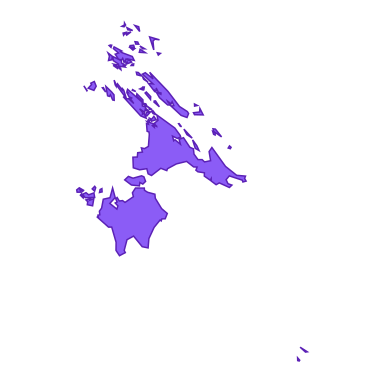 Lingga, Kepulauan Riau, Indonesia (orthographic projection)
{"feature_id": "22746128B41866695352092", "entity_name": "Lingga", "entity_type": "district", "adm_level": 2, "iso_a3": "IDN", "parent_name": "Indonesia", "parent_adm1": "Kepulauan Riau", "projection": "orthographic", "projection_center": [104.45, -0.394], "detail": "fine", "context": "isolated", "style": "filled", "palette": "violet", "viewbox_px": 384, "rotation_deg": 0, "n_neighbors": 0, "source": "geoboundaries", "source_scale": "gbopen_adm2", "svg_char_len": 5933}
<svg xmlns="http://www.w3.org/2000/svg" viewBox="0 0 384 384"><path d="M174.8,128.0L156.9,115.0L158.0,120.3L154.3,123.3L155.6,125.3L156.6,126.0L156.7,126.5L153.8,125.4L154.2,127.2L152.3,125.6L154.4,124.0L146.9,121.6L148.1,123.1L148.5,124.3L146.5,123.6L147.1,131.3L149.0,132.0L149.3,134.5L148.4,146.4L144.5,148.6L141.4,147.9L142.4,152.1L137.7,152.7L137.3,157.0L132.9,157.2L133.3,167.8L139.6,169.8L146.8,168.7L148.1,173.8L151.5,175.5L160.8,168.3L166.8,170.6L167.5,168.7L176.4,163.9L186.6,161.4L193.6,166.9L197.1,167.1L195.9,170.2L197.9,171.8L204.4,172.8L204.3,176.1L210.2,180.2L211.2,178.6L211.2,181.0L216.1,184.7L219.3,182.9L229.4,187.5L231.9,185.1L228.0,183.7L226.1,179.7L229.3,175.9L242.3,180.2L242.9,182.0L246.1,181.1L244.6,178.4L245.5,176.1L236.7,175.3L225.5,166.4L211.9,147.5L209.1,151.6L210.6,160.7L204.5,161.9L202.1,159.6L198.0,159.6L194.0,154.1L193.4,148.8L189.9,147.3L183.5,137.7L179.1,139.3L180.4,144.2L175.0,139.8L173.7,140.8L172.5,136.1L177.3,138.4L180.7,137.0L180.2,135.4L174.8,128.0ZM144.3,188.1L135.5,188.0L132.4,192.8L133.4,196.7L125.0,202.4L122.6,200.6L119.3,201.0L117.1,197.5L115.8,198.9L117.1,202.0L115.2,203.0L117.9,205.9L116.9,209.1L109.8,203.4L115.2,197.6L112.6,188.0L110.0,197.7L103.3,199.2L101.6,208.1L99.4,211.2L99.8,214.8L97.9,215.2L98.4,217.2L96.8,216.7L108.5,227.1L111.7,227.1L116.1,242.3L116.0,250.4L119.5,255.7L125.3,252.6L124.2,250.4L127.0,239.7L133.6,236.1L142.2,246.7L148.1,247.9L148.9,238.6L154.1,227.4L160.1,220.0L161.2,220.9L161.9,218.9L165.2,218.8L167.3,213.5L161.6,208.6L155.3,198.3L154.9,194.2L147.7,192.3L144.5,190.3L144.3,188.1ZM167.9,91.3L149.7,72.3L153.1,78.9L145.3,72.7L142.5,74.1L153.0,83.9L148.4,83.4L154.4,91.2L155.6,92.2L154.7,90.1L157.0,90.6L156.1,87.9L158.4,92.3L161.0,93.0L160.9,94.3L156.3,92.2L159.5,97.7L167.6,104.9L170.6,105.1L167.9,102.0L167.5,101.1L171.1,103.8L172.1,101.7L173.8,105.6L171.2,106.2L181.1,115.4L187.0,117.5L188.6,113.6L187.4,111.6L179.5,106.5L167.9,91.3ZM142.1,102.1L127.6,89.3L126.9,91.4L128.3,92.8L127.0,92.9L129.1,96.9L132.3,98.1L130.0,98.2L133.8,103.5L128.6,98.7L126.1,98.9L123.1,96.6L140.7,115.9L146.2,118.2L144.1,113.3L142.4,114.3L142.7,112.6L139.6,108.8L144.6,112.2L145.8,107.0L142.4,106.0L142.1,102.1ZM114.1,46.9L113.4,48.6L118.5,53.0L115.2,54.2L118.5,59.2L121.6,59.9L122.7,58.3L124.1,62.5L125.5,60.0L126.1,64.3L127.2,62.3L127.6,63.6L131.6,62.1L129.6,60.1L129.1,60.5L126.8,59.3L127.0,58.8L134.2,60.4L132.3,56.5L121.4,52.4L120.5,51.5L121.8,51.0L114.1,46.9ZM141.6,175.8L133.0,178.2L128.4,176.4L124.7,179.9L131.4,185.0L139.4,185.9L139.9,182.5L142.8,184.1L145.6,181.4L143.9,176.8L141.6,175.8ZM121.3,60.7L112.8,56.5L113.4,60.7L118.6,64.1L118.6,66.1L124.9,67.0L122.6,65.1L124.8,66.1L125.5,65.5L121.6,63.1L121.3,60.7ZM114.0,94.8L111.5,91.8L105.9,86.4L107.6,95.8L109.4,96.4L110.4,94.8L112.7,100.0L114.2,100.3L114.0,94.8ZM86.0,192.7L82.5,194.3L85.2,197.7L94.7,197.4L93.9,192.9L88.7,194.8L86.0,192.7ZM94.3,81.5L90.8,83.2L91.5,84.6L88.2,88.2L93.9,90.4L96.2,86.2L94.3,81.5ZM90.7,198.6L85.9,199.9L87.7,201.7L87.3,204.7L92.6,205.8L93.8,198.7L89.8,200.2L90.7,198.6ZM159.5,39.8L149.6,36.9L153.8,49.9L153.0,41.1L154.8,39.2L159.5,39.8ZM122.2,89.9L117.5,83.8L116.8,85.5L126.4,98.6L123.7,90.1L122.4,88.6L122.2,89.9ZM203.2,114.9L199.9,108.5L199.6,112.0L193.5,112.7L194.5,114.7L203.2,114.9ZM215.4,129.1L213.0,128.8L213.8,131.5L221.6,136.9L215.4,129.1ZM83.6,190.3L79.3,187.8L76.7,189.9L77.1,192.2L81.0,192.2L80.1,190.0L82.7,191.4L83.6,190.3ZM112.4,56.3L108.1,53.0L109.4,56.1L108.5,60.5L111.8,59.8L112.4,56.3ZM199.0,150.5L196.8,145.7L192.6,139.9L195.3,148.4L199.0,150.5ZM143.0,102.1L142.9,99.8L136.9,93.8L136.6,96.1L143.0,102.1ZM150.7,96.6L146.3,92.0L145.1,93.0L150.5,99.5L150.7,96.6ZM153.9,116.3L151.6,119.2L149.9,118.4L151.5,121.2L156.2,119.7L153.9,116.3ZM192.2,138.1L183.9,129.1L186.9,134.6L192.2,138.1ZM145.4,52.7L140.1,49.2L139.3,52.3L145.4,52.7ZM150.5,111.9L146.7,112.4L145.6,114.8L146.9,115.9L150.5,111.9ZM94.7,186.3L92.2,188.9L94.6,191.2L95.7,187.7L94.7,186.3ZM307.3,351.8L300.1,347.2L305.5,352.1L307.3,351.8ZM136.3,72.2L136.9,74.8L142.1,76.1L138.3,72.5L136.3,72.2ZM133.7,45.2L130.1,45.6L129.5,47.2L134.3,47.5L133.7,45.2ZM159.4,106.8L155.5,100.9L154.2,101.0L154.0,102.1L159.4,106.8ZM101.9,188.6L100.1,189.5L99.5,192.5L102.1,191.9L101.9,188.6ZM132.7,30.5L127.0,27.7L127.8,29.8L132.7,30.5ZM135.0,41.7L135.8,44.1L138.7,44.2L137.7,42.0L135.0,41.7ZM152.8,110.6L151.5,111.3L153.1,113.6L155.9,114.6L152.8,110.6ZM148.1,82.2L142.6,77.0L143.7,79.3L148.1,82.2ZM147.3,106.7L145.8,103.8L143.6,103.4L143.8,104.5L147.3,106.7ZM81.5,193.9L80.4,195.2L83.2,198.0L83.7,196.0L81.5,195.6L81.5,193.9ZM126.7,35.1L131.0,31.9L125.6,33.5L126.7,35.1ZM105.7,92.1L103.4,87.6L102.4,87.8L105.7,92.1ZM117.2,64.8L113.7,64.2L116.4,66.5L117.2,64.8ZM215.1,135.0L215.3,132.9L212.7,131.4L213.6,134.3L215.1,135.0ZM138.7,26.7L134.9,25.5L139.7,31.5L138.7,26.7ZM125.8,32.4L123.1,33.1L123.6,35.2L125.8,32.4ZM149.3,109.2L152.1,109.6L148.9,107.4L149.3,109.2ZM144.8,48.8L139.9,46.0L142.6,48.8L144.8,48.8ZM148.8,111.1L146.1,108.7L146.0,110.5L148.8,111.1ZM160.4,53.4L157.3,52.8L158.3,55.1L160.4,53.4ZM197.4,105.5L194.5,104.0L194.6,106.1L197.4,105.5ZM116.1,66.7L113.1,65.4L117.3,68.3L117.2,66.7L116.1,66.7ZM132.3,90.3L135.8,91.5L132.6,89.6L132.3,90.3ZM124.5,23.0L124.4,25.0L121.9,26.3L124.1,26.8L125.6,25.0L124.5,23.0ZM229.5,145.9L228.2,148.0L230.3,148.7L231.1,147.3L229.5,145.9ZM111.7,45.2L110.5,45.0L109.1,45.5L111.0,47.4L111.7,45.2ZM133.7,63.9L132.1,64.0L131.1,65.5L133.5,65.5L133.7,63.9ZM114.1,80.1L115.2,84.9L116.1,86.3L116.1,84.6L114.1,80.1ZM134.6,48.7L131.1,48.5L132.9,50.1L134.6,48.7ZM87.1,90.5L83.8,85.8L86.9,90.8L87.1,90.5ZM297.6,357.8L297.7,360.6L299.2,361.0L299.7,360.2L297.6,357.8ZM144.3,87.0L142.7,87.0L142.0,88.0L143.9,89.3L144.3,87.0ZM142.5,89.8L141.6,88.1L139.9,88.9L142.5,89.8ZM120.6,68.1L117.7,67.1L120.9,69.7L120.6,68.1ZM181.5,126.8L179.1,123.6L178.6,123.7L180.1,126.1L181.5,126.8ZM148.6,119.5L147.7,121.0L148.8,121.9L149.6,121.0L148.6,119.5Z" fill="#8b5cf6" stroke="#5b21b6" stroke-width="1.5"/></svg>